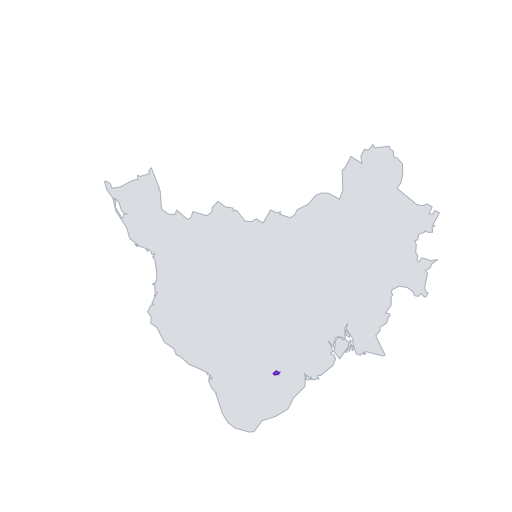 São Francisco do Maranhão, Maranhão, Brazil shown in context, rotated 119°
{"feature_id": "56859067B13604855436090", "entity_name": "São Francisco do Maranhão", "entity_type": "district", "adm_level": 2, "iso_a3": "BRA", "parent_name": "Brazil", "parent_adm1": "Maranhão", "projection": "mercator", "projection_center": [-43.076, -6.208], "detail": "fine", "context": "in_parent", "style": "filled", "palette": "violet", "viewbox_px": 512, "rotation_deg": 119, "n_neighbors": 0, "source": "geoboundaries", "source_scale": "gbopen_adm2", "svg_char_len": 4588}
<svg xmlns="http://www.w3.org/2000/svg" viewBox="0 0 512 512"><g transform="rotate(119 256 256)"><path d="M153.8,120.4L158.1,124.2L163.6,122.4L165.3,124.8L168.3,121.4L175.7,117.9L177.3,114.6L182.0,112.8L182.4,110.7L177.0,109.9L175.5,101.0L170.9,95.4L177.2,98.2L182.8,98.1L186.7,101.0L187.9,97.5L201.9,93.2L205.0,90.3L204.8,87.6L209.0,87.5L210.2,88.7L208.9,93.3L212.6,94.5L213.8,98.2L211.3,101.0L210.2,108.4L212.9,116.1L219.5,120.6L222.3,119.9L223.7,117.4L226.2,118.0L233.7,113.9L243.2,115.2L241.8,111.9L243.3,109.8L245.1,110.7L251.3,109.2L258.2,113.1L261.2,111.2L267.8,112.6L280.1,95.1L282.1,96.9L286.2,113.0L288.3,115.5L292.4,116.9L292.9,120.9L285.9,128.6L281.6,131.2L275.9,141.7L270.3,143.2L276.1,143.5L284.8,138.1L286.4,144.9L288.8,147.0L297.7,144.7L295.1,152.2L298.6,146.2L302.7,142.7L304.7,143.7L305.6,142.6L304.8,139.8L307.5,136.5L314.5,135.7L329.3,141.6L330.4,144.5L332.4,142.5L335.9,144.8L336.9,147.3L335.1,149.0L335.8,149.9L337.7,148.2L338.1,149.9L336.4,151.6L335.3,156.7L337.7,154.6L339.4,150.7L339.7,153.5L346.3,149.9L361.9,154.4L374.3,153.9L386.5,160.9L397.2,170.8L410.5,172.6L413.1,176.2L416.6,190.4L415.3,199.6L410.1,209.0L395.7,224.5L395.7,223.3L393.0,230.4L388.5,236.6L386.4,237.6L384.8,234.8L383.5,236.2L381.5,242.9L383.2,262.2L380.6,273.4L381.0,277.9L376.9,282.7L375.8,294.1L366.2,308.7L365.9,315.4L360.1,318.1L357.3,323.8L349.8,324.0L348.2,321.8L347.6,324.2L336.0,324.7L336.6,326.7L329.3,331.4L325.1,331.3L317.8,335.3L308.6,342.5L306.8,346.0L305.2,344.7L304.6,346.2L302.5,345.5L305.2,347.6L303.0,349.9L302.4,353.7L303.9,362.2L301.9,375.0L294.2,382.4L284.5,400.4L275.4,408.6L275.2,405.9L281.7,402.5L287.3,392.6L287.5,390.8L283.7,391.9L281.5,388.7L282.6,391.9L281.6,395.6L275.9,401.6L274.1,406.4L274.7,409.2L270.4,418.6L264.5,424.5L263.2,423.7L263.2,418.9L266.5,414.7L261.3,408.1L249.7,400.6L246.2,396.5L242.9,398.7L242.5,395.8L236.1,389.4L233.0,391.1L229.7,390.2L243.8,373.1L245.5,373.2L245.2,371.6L260.6,361.5L262.0,353.3L259.2,347.4L254.3,347.4L257.3,333.6L254.2,331.5L247.7,332.7L244.6,318.5L239.2,316.0L235.2,317.8L226.6,315.8L227.9,306.5L225.2,299.2L227.7,297.6L225.4,295.6L230.7,282.3L227.9,276.3L223.3,273.9L223.7,265.8L208.7,265.6L208.1,258.9L205.4,255.7L207.9,255.6L206.0,244.6L201.3,242.1L195.5,242.4L185.0,235.2L173.9,233.2L169.2,229.3L166.0,223.2L165.9,210.4L156.2,212.0L139.5,222.1L134.5,220.8L122.9,221.3L123.7,208.2L118.0,212.6L110.3,212.9L108.7,208.8L101.9,207.9L103.8,204.5L95.4,192.6L97.7,190.5L97.4,187.2L102.5,183.6L101.7,180.5L104.5,172.5L113.1,167.4L121.6,164.7L128.4,165.7L133.1,140.3L131.2,134.6L127.6,131.6L127.7,125.7L135.1,125.1L133.8,121.8L129.4,121.8L129.4,116.5L143.1,116.4L143.0,114.2L145.1,116.1L149.5,113.1L151.8,116.5L152.1,120.7L153.8,120.4ZM290.1,131.4L305.3,132.9L301.7,141.9L298.9,142.0L298.4,143.6L296.1,142.9L293.7,145.1L287.9,145.1L285.9,140.6L287.4,139.5L285.6,137.9L286.8,132.7L290.1,131.4ZM277.1,142.2L279.4,135.8L281.8,134.9L281.6,138.8L277.1,142.2ZM294.2,128.3L292.8,130.6L289.3,130.1L289.9,128.6L294.2,128.3ZM289.0,125.6L288.5,130.5L287.0,130.0L289.0,125.6ZM296.7,131.4L294.5,131.6L293.5,131.2L296.2,129.8L296.7,131.4ZM286.7,131.5L284.5,133.1L283.6,132.3L285.2,130.9L286.7,131.5ZM290.8,127.2L289.8,126.2L291.6,125.2L291.8,126.2L290.8,127.2ZM289.6,114.6L288.4,114.8L288.1,113.0L289.3,112.9L289.6,114.6ZM304.5,367.5L304.0,365.7L305.1,364.1L305.4,364.6L304.5,367.5ZM330.6,330.7L330.9,332.7L329.4,332.2L330.6,330.7ZM303.7,354.9L303.0,353.9L304.1,352.8L304.4,353.3L303.7,354.9ZM337.3,153.5L336.4,155.4L337.3,152.7L337.3,153.5ZM385.5,237.9L384.0,238.4L385.0,236.9L385.5,237.9ZM340.2,325.5L338.6,326.1L338.3,325.8L339.3,324.9L340.2,325.5ZM383.0,241.3L382.4,242.3L382.1,241.7L383.0,241.3ZM333.2,140.8L333.3,141.9L332.9,141.7L333.2,140.8Z" fill="#d9dde1" stroke="#a8b0b8" stroke-width="1"/><path d="M350.4,183.9L350.5,183.8L350.5,183.7L350.5,183.4L350.5,183.2L350.6,182.9L350.7,182.7L350.8,182.6L350.8,182.4L350.7,182.5L350.6,182.4L350.7,182.2L350.6,181.9L350.6,181.7L350.4,181.6L350.2,181.5L350.1,181.4L349.9,181.3L349.7,181.2L349.6,180.9L349.6,180.7L349.4,180.6L349.2,180.6L349.0,180.4L348.9,180.3L348.9,180.2L349.0,180.0L349.0,179.9L349.1,179.7L348.9,179.6L348.8,179.4L348.7,179.3L348.7,179.2L347.7,179.0L347.0,179.0L346.8,179.0L346.7,179.0L346.8,179.1L346.9,179.9L346.9,180.0L346.8,180.6L346.9,181.3L346.9,181.5L346.8,181.9L346.3,182.0L346.2,182.0L346.3,182.0L346.5,182.2L346.8,182.1L346.8,182.3L346.8,182.5L346.7,182.5L346.9,182.6L347.0,182.6L347.5,182.7L347.7,182.8L347.8,182.9L348.4,183.1L348.7,183.2L349.1,183.4L349.8,183.7L350.2,183.9L350.3,183.9L350.4,183.9Z" fill="#8b5cf6" stroke="#5b21b6" stroke-width="1.5"/></g></svg>